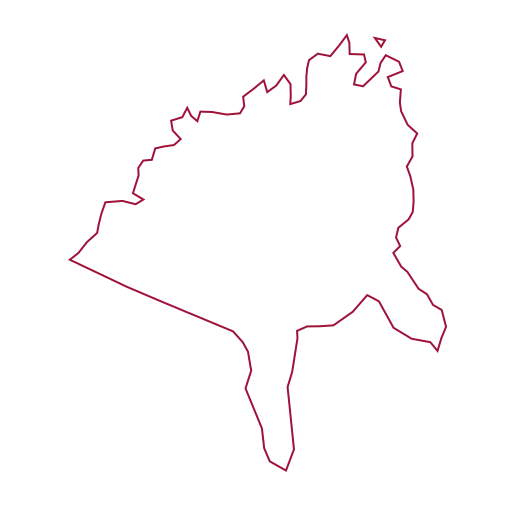 São Valério do Sul, Rio Grande do Sul, Brazil (orthographic projection), rotated 87°
{"feature_id": "56859067B99294936574349", "entity_name": "São Valério do Sul", "entity_type": "district", "adm_level": 2, "iso_a3": "BRA", "parent_name": "Brazil", "parent_adm1": "Rio Grande do Sul", "projection": "orthographic", "projection_center": [-53.922, -27.829], "detail": "fine", "context": "isolated", "style": "outline", "palette": "rose", "viewbox_px": 512, "rotation_deg": 87, "n_neighbors": 0, "source": "geoboundaries", "source_scale": "gbopen_adm2", "svg_char_len": 1564}
<svg xmlns="http://www.w3.org/2000/svg" viewBox="0 0 512 512"><g transform="rotate(87 256 256)"><path d="M81.0,239.0L88.9,249.6L96.2,260.5L105.9,259.9L112.7,264.5L113.2,277.9L109.9,292.3L108.9,304.0L118.3,307.5L112.7,313.4L104.4,316.9L113.5,322.3L116.4,333.7L126.3,332.6L135.3,325.1L140.9,332.1L141.8,342.1L143.3,351.0L154.5,355.0L154.8,363.6L161.9,369.0L169.5,369.0L177.5,372.1L186.9,375.6L193.7,365.5L198.0,373.5L194.0,386.5L194.5,403.6L205.1,408.0L215.8,411.3L224.6,413.4L233.4,424.2L243.6,433.1L250.0,442.1L279.8,387.0L294.8,356.4L307.2,330.6L330.1,282.8L341.6,273.6L351.2,269.0L370.3,266.8L387.7,273.4L428.5,259.1L448.3,257.9L461.8,253.0L471.8,237.3L451.1,228.2L388.5,231.3L373.5,225.9L340.4,218.9L332.9,218.9L329.0,208.6L329.5,196.0L329.3,182.3L316.7,162.2L300.9,147.0L307.7,135.6L334.9,122.4L346.8,104.9L351.2,86.4L360.3,79.7L347.8,75.2L336.6,69.9L319.6,73.4L314.1,81.8L303.2,87.2L297.2,95.4L279.7,105.7L274.3,111.5L260.1,118.7L253.6,111.5L244.9,115.2L235.3,112.4L227.4,101.7L220.3,97.2L210.4,95.8L198.0,95.4L184.6,97.7L174.5,100.7L164.8,94.5L151.6,94.0L142.1,88.6L132.9,97.7L119.0,103.5L110.4,104.3L97.2,102.6L93.7,112.0L84.2,115.0L79.0,99.8L69.5,103.0L62.3,115.9L69.8,121.5L78.2,124.1L92.1,140.2L89.8,149.1L79.3,146.5L68.3,136.2L60.4,137.6L59.2,151.9L48.0,151.6L40.2,153.7L50.4,162.2L60.3,171.3L57.2,183.7L63.2,192.8L71.1,195.1L79.3,196.3L88.1,196.8L97.2,197.7L103.6,203.5L106.1,213.8L97.7,212.9L86.1,212.6L76.7,218.7L86.9,226.9L92.9,236.2L81.0,239.0ZM53.6,120.1L47.3,115.9L44.5,125.9L53.6,120.1Z" fill="none" stroke="#9f1239" stroke-width="2"/></g></svg>